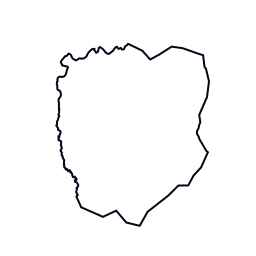 the district of Tosoncengel, Hövsgöl, Mongolia, rotated 107°
{"feature_id": "93677404B95621463819566", "entity_name": "Tosoncengel", "entity_type": "district", "adm_level": 2, "iso_a3": "MNG", "parent_name": "Mongolia", "parent_adm1": "Hövsgöl", "projection": "robinson", "projection_center": [100.859, 49.504], "detail": "fine", "context": "isolated", "style": "outline", "palette": "ink", "viewbox_px": 256, "rotation_deg": 107, "n_neighbors": 0, "source": "geoboundaries", "source_scale": "gbopen_adm2", "svg_char_len": 5703}
<svg xmlns="http://www.w3.org/2000/svg" viewBox="0 0 256 256"><g transform="rotate(107 128 128)"><path d="M165.3,53.6L154.3,51.4L144.4,46.6L127.8,44.5L126.9,46.5L117.9,56.3L116.1,57.6L115.2,58.3L114.7,58.9L113.4,60.3L111.4,61.0L110.6,61.0L108.4,60.6L107.0,60.5L105.7,60.7L104.8,60.8L103.3,60.7L101.5,60.5L100.7,60.8L94.7,63.7L75.1,61.5L59.7,64.2L48.5,70.8L47.2,72.7L36.4,77.5L36.4,82.1L35.7,99.0L37.4,110.0L49.1,120.0L56.0,126.8L49.9,136.9L47.5,152.4L47.6,152.6L47.8,152.7L48.3,152.8L48.7,153.0L49.0,153.1L49.2,153.3L49.5,153.6L50.0,154.0L50.7,154.5L51.5,154.7L53.4,154.9L53.7,155.0L54.0,155.2L54.4,155.6L54.5,155.9L54.6,156.6L54.6,156.9L54.4,157.4L54.0,157.8L53.7,158.2L53.6,158.3L53.7,158.6L54.0,158.9L54.6,159.4L54.9,159.8L55.0,160.3L54.9,160.7L54.6,161.2L54.4,161.4L53.8,162.0L53.6,162.3L53.6,162.5L54.1,163.1L54.6,163.4L56.1,164.2L56.4,164.3L58.7,165.0L59.0,165.1L59.5,165.6L61.5,167.0L62.1,167.3L62.3,167.5L62.7,168.0L62.8,168.2L62.8,168.5L62.9,169.1L62.9,169.7L62.7,170.3L62.4,171.0L62.4,171.3L62.0,171.9L61.4,172.8L61.0,173.2L60.9,173.4L60.5,174.0L59.9,175.1L59.5,175.9L59.2,177.1L58.9,177.9L58.8,178.4L58.9,178.6L59.2,179.0L59.5,179.1L59.8,179.2L60.3,179.2L63.0,179.1L63.6,179.1L63.8,179.1L64.2,179.4L64.8,179.8L65.3,180.4L65.3,180.5L65.0,181.0L64.7,181.2L64.4,181.4L64.2,181.7L63.8,182.3L63.7,182.7L63.6,182.9L63.2,183.1L62.7,183.1L62.2,183.2L62.2,183.4L62.3,183.7L62.4,184.2L62.6,184.5L62.8,184.8L63.0,185.2L63.6,185.8L64.4,186.3L65.2,186.7L67.6,187.9L68.6,188.2L69.1,188.3L71.5,188.6L72.3,188.9L73.4,189.8L74.2,190.4L74.6,191.0L74.7,191.8L75.0,192.2L75.2,192.5L75.4,192.8L75.4,193.6L75.4,193.9L75.6,194.7L76.1,195.4L78.1,196.9L78.5,197.6L78.5,198.1L78.2,199.3L77.9,200.7L77.6,201.4L77.0,202.1L76.6,202.4L76.3,202.8L75.4,203.4L74.7,204.1L74.6,204.4L74.2,205.9L74.2,206.4L74.6,206.8L75.9,207.1L76.3,207.3L76.7,207.5L77.0,207.8L77.3,208.2L77.4,208.7L77.6,208.9L77.8,209.1L78.1,209.3L78.7,209.4L79.1,209.5L79.4,209.9L79.7,210.1L79.9,210.1L80.4,210.2L80.9,210.3L81.5,210.7L82.7,211.2L83.5,211.5L84.1,211.5L84.7,211.4L85.0,211.3L85.3,211.0L86.6,209.6L86.9,209.6L87.1,209.6L87.4,209.0L87.4,208.7L87.2,207.7L87.3,207.0L87.3,206.4L87.2,206.0L87.1,205.8L87.0,203.8L87.1,203.5L87.3,203.3L87.6,203.2L88.1,203.2L88.9,203.3L89.3,203.3L90.8,203.4L91.4,203.3L92.0,203.2L95.7,203.3L96.1,203.5L96.7,203.8L97.2,204.1L97.6,204.5L97.8,204.8L98.1,205.2L98.3,206.0L98.6,206.5L98.7,207.7L98.8,208.0L99.0,208.5L99.5,209.0L100.5,209.7L100.9,209.8L101.3,209.8L101.7,209.8L102.0,209.7L102.7,209.4L103.6,209.1L104.0,209.1L104.1,209.3L104.6,209.4L105.1,209.2L105.7,209.2L106.2,209.2L106.4,209.1L107.4,208.6L107.9,208.2L108.3,207.9L108.7,207.8L109.8,207.5L110.3,207.4L110.6,207.3L111.4,206.9L111.8,206.6L112.0,206.3L112.2,205.9L112.2,205.6L112.1,205.1L112.1,204.7L112.2,204.4L112.4,204.1L113.7,202.9L114.4,202.4L114.6,202.3L116.2,201.8L116.9,201.7L119.0,202.1L119.6,202.4L120.4,202.7L121.0,202.7L123.0,202.1L123.4,201.9L123.7,201.6L124.0,201.4L124.3,201.3L125.7,201.0L126.4,200.6L127.0,200.4L127.6,200.3L128.1,200.2L128.4,200.1L129.2,200.0L129.6,199.6L129.9,199.2L130.2,199.1L130.7,199.2L131.2,199.2L131.6,199.1L132.0,198.8L132.5,198.6L133.9,198.3L134.4,198.3L134.6,198.4L135.3,198.5L135.6,198.3L135.9,198.1L136.3,197.9L136.5,197.7L136.6,197.2L136.9,197.2L137.5,197.4L138.2,197.5L140.0,197.5L140.6,197.4L141.3,197.5L142.3,197.7L143.0,197.7L143.5,197.6L144.1,197.3L144.6,197.0L145.2,197.0L145.9,197.3L146.6,197.2L146.9,197.0L147.3,196.6L147.6,196.0L148.0,195.5L149.0,194.7L149.6,194.5L150.1,194.3L150.3,194.1L150.4,193.0L150.5,192.5L150.6,192.1L150.9,191.7L151.3,191.3L152.0,191.2L153.8,191.2L154.1,191.2L154.3,191.4L154.7,191.4L155.7,191.2L156.4,191.3L157.2,191.0L157.3,191.0L157.4,191.3L157.3,191.5L157.0,191.7L156.3,191.8L156.2,191.9L156.2,192.0L156.3,192.1L157.3,191.8L157.7,191.4L158.3,191.2L159.7,191.1L159.9,191.0L160.0,190.8L160.0,190.5L159.9,190.2L159.9,189.9L160.0,189.5L160.1,188.7L160.2,188.3L160.5,188.1L162.0,187.5L162.6,187.4L163.5,187.3L163.9,187.2L164.3,186.8L164.7,186.6L165.2,186.3L165.6,186.2L165.9,185.8L166.4,185.6L166.6,185.4L167.3,185.4L168.3,185.8L168.7,185.8L169.3,185.9L169.7,185.7L170.1,185.0L170.4,184.7L170.6,184.3L170.9,184.0L172.2,183.9L172.6,183.7L173.6,183.3L173.7,182.9L173.9,182.7L174.1,182.2L175.5,181.8L176.0,181.3L176.4,180.9L176.7,180.3L177.2,179.8L177.4,179.6L177.7,179.5L178.5,179.5L179.6,179.2L180.6,178.7L180.8,178.6L181.6,178.7L181.9,178.5L182.1,178.3L182.2,178.1L182.4,178.0L182.8,178.0L183.2,178.0L183.5,177.8L183.9,177.6L184.4,177.2L184.6,176.9L184.5,176.4L184.6,176.2L184.8,175.9L185.1,175.6L185.3,175.5L185.5,175.5L185.9,175.2L186.0,175.0L186.0,174.6L185.8,174.3L185.7,174.1L185.3,174.0L185.4,173.8L185.5,173.8L185.6,173.5L185.7,173.2L186.3,173.0L186.7,172.8L186.7,172.3L186.5,171.9L185.6,171.7L185.4,171.4L185.5,171.2L186.0,171.0L186.3,170.6L186.6,170.4L187.0,170.3L187.3,170.0L187.3,169.7L187.1,169.5L187.4,169.3L187.5,169.1L187.5,168.8L187.6,168.6L188.1,168.2L188.7,167.7L189.8,167.3L190.1,167.1L190.6,166.4L191.0,166.2L191.1,165.8L191.0,165.7L190.8,165.4L190.4,165.2L190.2,164.9L190.1,164.6L191.0,163.4L191.6,162.4L192.0,162.2L192.4,162.1L193.0,162.4L193.3,162.6L194.1,162.7L194.7,162.5L194.8,162.6L194.6,162.8L194.0,163.2L193.9,163.3L194.0,163.3L194.4,163.3L194.8,163.0L194.9,162.9L195.0,162.6L195.0,161.9L195.0,161.7L195.2,160.7L195.5,160.4L196.1,159.7L196.9,159.1L197.3,158.9L197.9,158.7L198.2,158.8L198.8,158.8L199.1,159.0L199.3,159.1L199.5,159.2L200.2,159.5L200.2,159.3L200.8,159.1L201.3,158.9L204.0,158.9L204.8,158.6L205.1,158.1L205.9,157.6L206.5,156.6L207.0,156.5L207.4,156.7L207.8,157.1L208.6,157.3L217.5,149.6L220.3,126.0L210.5,115.1L218.9,102.0L218.1,88.2L202.5,84.8L180.5,69.5L168.3,63.0L165.3,53.6Z" fill="none" stroke="#020617" stroke-width="2"/></g></svg>